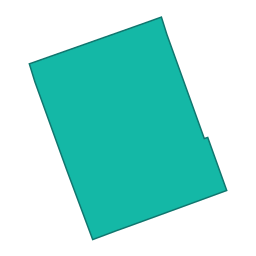 the district of Brown, Indiana, United States of America, rotated 161°
{"feature_id": "52423323B89653370278289", "entity_name": "Brown", "entity_type": "district", "adm_level": 2, "iso_a3": "USA", "parent_name": "United States of America", "parent_adm1": "Indiana", "projection": "equal_earth", "projection_center": [-86.224, 39.196], "detail": "fine", "context": "isolated", "style": "filled", "palette": "teal", "viewbox_px": 256, "rotation_deg": 161, "n_neighbors": 0, "source": "geoboundaries", "source_scale": "gbopen_adm2", "svg_char_len": 325}
<svg xmlns="http://www.w3.org/2000/svg" viewBox="0 0 256 256"><g transform="rotate(161 128 128)"><path d="M197.7,34.0L171.7,34.7L169.4,34.7L117.6,35.6L55.0,36.8L55.7,93.1L59.3,93.2L60.8,203.9L60.3,222.0L85.4,221.7L200.4,220.8L201.0,202.1L199.6,108.9L197.7,34.0Z" fill="#14b8a6" stroke="#0f766e" stroke-width="1.5"/></g></svg>